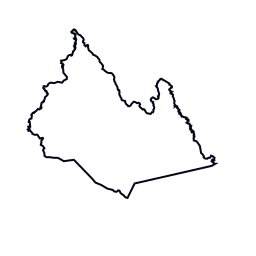 the district of Robežnieku pag., Kraslavas, Latvia, rotated 27°
{"feature_id": "27541924B81744778922101", "entity_name": "Robežnieku pag.", "entity_type": "district", "adm_level": 2, "iso_a3": "LVA", "parent_name": "Latvia", "parent_adm1": "Kraslavas", "projection": "albers", "projection_center": [27.571, 55.969], "detail": "fine", "context": "isolated", "style": "outline", "palette": "ink", "viewbox_px": 256, "rotation_deg": 27, "n_neighbors": 0, "source": "geoboundaries", "source_scale": "gbopen_adm2", "svg_char_len": 5646}
<svg xmlns="http://www.w3.org/2000/svg" viewBox="0 0 256 256"><g transform="rotate(27 128 128)"><path d="M177.7,93.0L177.1,93.7L175.7,93.7L175.3,93.5L175.3,93.2L175.8,92.6L175.8,92.3L174.7,92.2L172.5,93.1L171.0,92.8L170.5,93.4L169.7,92.4L168.6,92.2L168.7,91.7L167.4,91.9L167.5,91.4L168.0,91.0L167.9,90.8L167.3,90.5L166.1,90.9L165.8,90.5L165.9,90.2L165.2,90.1L165.2,89.7L165.8,88.9L165.7,88.6L164.9,88.7L164.2,88.2L163.7,88.2L163.6,87.6L163.4,87.5L163.1,88.0L162.9,88.0L162.1,86.7L161.3,87.1L161.2,86.9L161.6,86.6L161.6,86.4L160.7,86.5L160.4,87.0L160.4,86.4L160.2,86.3L159.3,86.7L159.3,86.1L157.8,84.8L157.2,82.6L156.3,82.1L155.6,81.1L153.5,79.4L153.2,78.7L153.2,78.2L152.8,77.9L151.2,77.1L150.9,77.3L151.0,77.9L150.3,78.0L149.8,77.2L149.9,76.3L150.4,75.7L148.4,75.8L147.3,75.2L147.2,74.8L147.9,73.7L147.8,72.8L148.7,72.1L148.6,71.4L148.3,71.0L146.3,70.5L145.1,70.6L144.7,69.6L137.3,69.1L136.6,69.3L135.9,68.9L135.4,69.0L134.6,69.5L134.3,71.5L133.9,72.8L133.5,73.1L134.0,73.6L133.9,75.3L133.7,75.4L134.6,77.4L134.1,77.9L135.1,78.2L135.2,78.7L135.9,78.8L136.9,79.6L137.6,80.8L140.3,83.4L140.4,84.3L140.8,85.2L140.4,85.5L140.3,86.2L140.4,86.5L141.3,86.8L141.7,87.5L141.6,88.0L140.7,89.2L139.7,89.8L137.8,89.3L136.1,89.5L135.3,91.1L135.6,92.0L135.5,92.4L135.9,92.6L136.3,93.4L136.6,93.6L138.7,93.4L138.8,94.6L140.2,95.2L140.3,96.3L141.8,97.4L142.5,99.1L142.2,100.2L143.1,101.5L143.1,102.7L142.0,103.3L141.9,104.9L141.7,105.3L138.0,106.2L137.0,105.9L134.2,104.0L133.7,104.3L133.0,104.3L132.8,104.8L131.4,104.5L130.9,104.2L129.6,104.2L128.0,103.1L127.9,102.7L128.1,101.6L127.9,101.2L126.9,100.7L126.1,100.6L124.8,101.8L122.9,101.6L121.3,101.9L120.9,102.8L120.2,105.2L120.2,106.8L119.3,108.0L118.3,108.5L117.0,107.7L116.0,107.8L115.4,107.5L113.8,106.3L113.5,105.5L113.1,105.2L110.5,105.9L109.5,105.8L108.6,104.5L107.5,104.0L104.6,101.6L104.4,100.2L103.8,99.6L103.2,98.4L102.6,98.3L102.5,98.8L101.5,98.4L100.0,96.4L98.3,95.1L97.1,94.6L96.1,93.3L94.9,92.8L94.2,91.7L93.6,91.4L92.9,89.0L91.4,87.8L89.4,86.8L88.4,86.6L85.0,88.0L81.9,87.7L79.7,87.0L78.4,87.1L77.9,84.7L77.4,83.8L74.5,82.3L73.1,82.1L72.4,81.6L71.9,80.5L70.6,79.6L69.8,79.5L68.8,78.8L67.2,78.5L65.3,78.3L64.1,78.6L61.8,77.4L57.8,76.5L56.0,74.6L54.9,72.4L53.9,72.6L53.4,73.7L53.3,74.4L51.6,74.0L50.6,72.1L49.0,72.1L48.4,70.6L48.6,69.6L47.0,68.1L45.4,67.8L43.7,67.0L42.1,67.2L40.5,66.9L38.2,65.4L37.6,65.3L36.9,64.6L35.0,64.7L34.8,65.1L35.6,65.6L35.3,65.9L34.7,65.9L33.9,67.8L33.9,68.2L34.7,68.7L35.8,68.4L37.2,68.6L37.5,68.0L38.3,68.0L39.0,68.9L38.9,69.3L39.3,69.8L39.3,71.6L40.1,72.5L39.8,72.7L40.2,72.8L40.2,73.1L40.7,72.9L41.0,72.0L41.7,72.7L41.8,73.5L42.2,74.0L42.2,74.7L42.0,75.9L43.0,76.1L43.5,76.7L43.3,77.3L42.4,77.4L42.6,78.0L43.4,78.7L42.9,79.3L43.9,79.7L43.4,80.1L44.0,80.7L44.4,80.5L44.8,81.0L44.7,81.6L45.1,81.9L44.7,83.0L44.8,83.7L44.2,84.8L44.6,85.4L44.7,86.9L45.1,87.4L45.0,88.8L44.6,89.3L43.7,88.8L42.3,90.0L41.9,90.7L41.8,91.6L42.1,94.1L41.6,95.0L40.2,96.7L37.8,98.4L38.6,99.2L38.8,100.5L40.5,100.3L41.7,101.0L40.9,101.8L41.0,102.4L41.3,102.8L41.9,102.3L42.2,102.5L42.4,103.3L42.3,103.9L41.8,103.9L41.9,104.1L43.5,104.9L45.3,108.0L50.5,110.3L51.2,112.2L49.3,114.8L48.7,117.5L44.4,118.8L41.9,121.5L38.3,122.8L37.1,124.7L37.0,125.5L37.2,126.6L36.7,127.7L35.9,128.5L34.5,128.6L33.9,129.1L34.4,129.6L34.2,130.6L34.6,131.1L35.7,131.5L36.2,131.3L37.4,132.5L38.5,132.1L39.5,132.9L39.5,133.6L40.2,133.9L40.7,133.6L41.3,134.4L40.9,136.3L40.1,138.2L40.6,139.6L40.5,140.6L41.0,142.3L40.4,142.5L40.3,143.0L40.5,143.8L39.8,144.2L39.6,145.3L40.1,146.2L40.1,147.0L40.5,147.5L40.6,148.1L40.5,148.4L40.6,149.1L40.9,149.0L41.1,148.6L41.4,148.7L41.7,149.2L41.8,149.9L41.0,150.9L40.6,151.6L39.0,152.1L39.0,152.8L38.6,154.1L38.0,155.1L38.0,155.8L37.1,156.6L37.3,157.4L36.4,157.7L36.2,158.1L36.2,159.1L35.8,160.0L36.0,160.2L36.3,160.1L36.7,160.6L37.7,163.4L36.6,164.4L36.4,164.9L36.3,166.0L36.8,167.7L37.3,167.7L37.1,167.3L37.6,167.1L38.9,169.1L39.1,169.4L39.0,169.8L39.2,170.2L39.9,170.6L40.2,171.0L39.8,171.6L38.6,172.2L39.1,172.6L39.8,172.5L39.6,172.9L40.0,173.2L39.5,173.7L39.6,174.5L39.9,174.4L39.7,174.7L40.2,174.7L40.2,174.2L40.6,174.5L40.2,175.0L40.4,175.7L40.8,175.7L41.2,175.0L41.8,174.7L45.1,176.0L45.5,176.6L48.0,176.4L50.3,175.1L54.0,177.3L56.6,175.5L57.0,175.9L57.0,177.2L56.4,178.2L57.0,179.6L57.6,180.5L57.7,182.0L58.0,182.7L60.1,182.6L62.7,184.0L62.7,184.3L62.3,185.0L62.4,186.4L64.7,188.1L66.3,190.8L68.6,191.0L71.4,189.6L75.2,188.3L79.2,186.4L85.9,186.7L94.2,180.9L119.6,189.6L123.7,191.4L130.3,190.9L136.9,191.4L142.7,190.1L144.4,190.8L146.6,190.1L147.2,189.4L147.5,188.1L148.8,187.7L151.0,189.4L155.1,190.0L156.1,190.6L157.6,190.9L159.3,190.5L159.1,174.4L219.8,123.7L222.1,120.1L220.6,120.7L219.8,119.9L218.9,120.0L217.5,119.6L217.6,119.0L217.4,118.5L217.5,118.2L218.0,118.7L218.5,118.8L219.4,117.9L219.6,117.4L218.9,116.7L218.6,115.2L216.2,114.7L214.6,114.9L214.7,116.5L214.5,117.3L213.2,118.0L212.5,119.4L211.1,120.0L210.1,120.2L208.6,119.8L208.5,119.6L208.6,119.0L208.4,118.7L206.4,117.6L204.5,117.1L200.2,111.4L196.2,109.2L194.3,108.7L192.6,109.3L192.2,109.2L191.6,107.9L191.1,107.6L191.2,106.5L190.9,106.0L191.0,105.2L190.7,105.1L190.7,105.6L190.4,105.7L189.7,104.5L190.0,103.7L188.5,102.3L188.4,101.6L187.9,101.3L187.7,101.7L187.3,102.2L187.2,102.9L186.9,103.0L186.3,102.5L186.2,102.2L186.6,101.5L185.9,100.8L185.6,100.7L185.5,101.2L185.2,101.4L183.6,100.7L183.5,100.4L184.1,100.2L184.1,99.7L182.9,98.9L183.6,98.3L183.5,97.9L183.2,98.2L182.7,98.2L182.3,97.8L182.2,97.1L181.5,97.1L181.2,96.5L180.7,96.3L180.1,96.3L179.3,96.9L178.1,96.7L178.4,96.4L178.5,96.1L177.9,94.8L178.6,94.5L178.8,94.2L178.2,93.2L177.7,93.0Z" fill="none" stroke="#020617" stroke-width="2"/></g></svg>